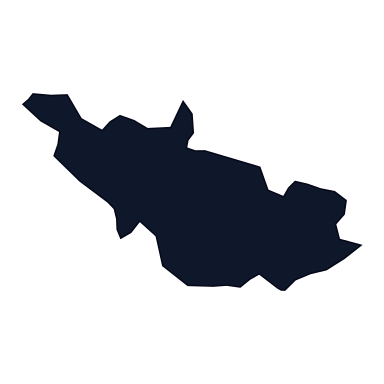 the border of Ialoveni
{"feature_id": "MDA-1640", "entity_name": "Ialoveni", "entity_type": "District", "adm_level": 1, "iso_a3": "MDA", "parent_name": "Moldova", "parent_adm1": "", "projection": "natural_earth1", "projection_center": [28.789, 46.926], "detail": "fine", "context": "isolated", "style": "filled", "palette": "ink", "viewbox_px": 384, "rotation_deg": 0, "n_neighbors": 0, "source": "natural_earth", "source_scale": "10m", "svg_char_len": 837}
<svg xmlns="http://www.w3.org/2000/svg" viewBox="0 0 384 384"><path d="M120.8,238.2L117.2,229.5L116.8,219.0L114.3,208.7L107.9,202.0L79.9,181.0L54.1,155.8L58.1,144.3L59.8,131.6L40.9,120.8L23.0,104.3L28.6,99.5L33.0,93.9L51.1,95.5L67.2,94.9L81.1,118.7L102.2,130.6L110.1,121.9L120.0,115.7L134.1,120.7L147.5,128.7L170.7,127.6L183.1,101.4L192.0,114.0L193.3,132.9L187.9,140.1L186.4,147.9L195.2,151.0L204.9,150.9L259.8,167.2L267.9,190.2L283.6,196.8L288.7,187.9L295.2,181.5L307.3,184.3L320.4,188.9L334.6,191.7L346.1,200.5L344.2,214.1L335.5,224.1L339.4,239.4L361.0,245.2L344.2,258.4L326.3,269.7L310.4,273.5L295.3,279.8L284.9,290.1L281.2,290.0L277.7,288.0L259.2,273.8L249.8,279.2L240.2,287.0L226.7,285.1L213.3,286.1L187.8,285.4L162.8,265.7L156.2,235.9L139.7,221.0L130.9,232.3L120.8,238.2Z" fill="#0f172a" stroke="#020617" stroke-width="1.5"/></svg>